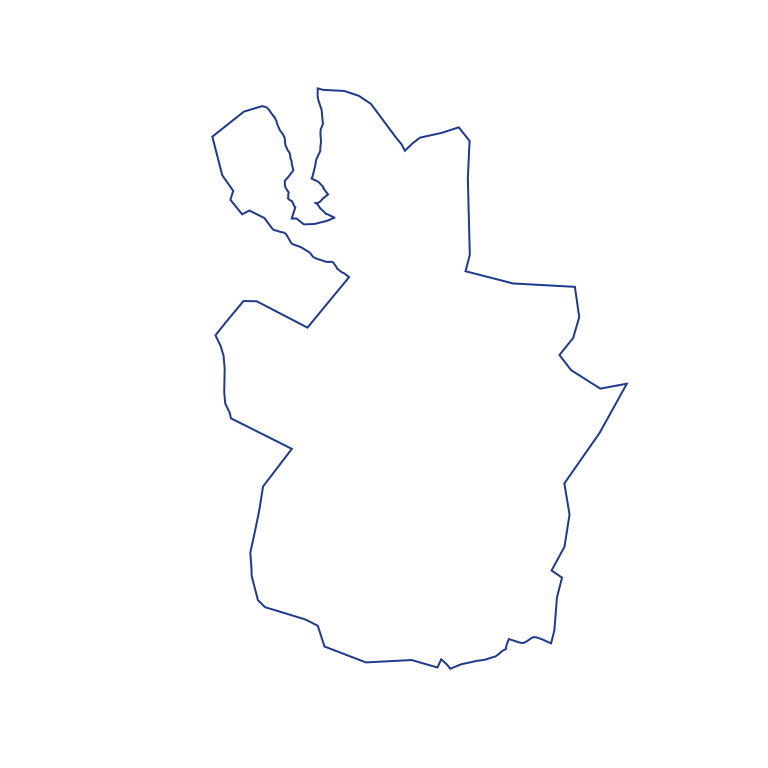 Ido-Osi, Ekiti, Nigeria, rotated 21°
{"feature_id": "59680162B17555212909244", "entity_name": "Ido-Osi", "entity_type": "district", "adm_level": 2, "iso_a3": "NGA", "parent_name": "Nigeria", "parent_adm1": "Ekiti", "projection": "robinson", "projection_center": [5.146, 7.853], "detail": "fine", "context": "isolated", "style": "outline", "palette": "blue", "viewbox_px": 768, "rotation_deg": 21, "n_neighbors": 0, "source": "geoboundaries", "source_scale": "gbopen_adm2", "svg_char_len": 3129}
<svg xmlns="http://www.w3.org/2000/svg" viewBox="0 0 768 768"><g transform="rotate(21 384 384)"><path d="M610.6,296.7L587.6,310.8L553.7,304.0L537.4,294.0L544.1,273.2L542.3,251.6L527.4,224.9L468.4,243.9L419.7,249.5L417.8,232.6L388.5,161.8L376.8,126.4L361.8,117.6L347.7,129.0L329.3,141.1L325.0,148.2L324.3,149.3L319.9,158.8L314.5,153.9L307.9,150.3L271.5,127.2L257.3,124.0L241.8,124.7L221.8,131.2L216.2,131.8L218.8,138.9L220.9,142.4L223.1,145.1L227.5,150.4L231.2,157.9L233.8,163.1L233.7,169.2L234.9,173.0L238.4,180.4L239.8,186.1L241.0,189.2L240.3,198.7L241.6,205.4L242.9,215.9L242.8,218.2L249.2,218.6L250.6,218.9L256.3,221.6L257.2,222.3L257.2,223.0L263.9,227.1L260.6,232.5L259.0,236.6L257.5,238.6L255.5,239.6L257.9,240.2L261.1,242.6L263.8,243.7L267.6,245.4L269.0,246.0L270.5,245.8L274.0,246.1L275.2,246.3L276.9,246.1L278.0,246.6L272.7,251.8L261.8,259.5L252.0,263.7L243.1,260.9L238.6,262.5L238.2,257.2L237.9,250.8L236.8,250.4L234.2,247.8L233.0,246.7L232.0,246.1L230.3,246.2L228.8,245.5L227.6,245.0L227.6,243.3L226.7,241.4L226.4,239.3L222.4,236.5L220.4,234.5L218.6,229.8L220.9,223.7L222.2,218.9L222.9,217.1L218.9,211.4L217.9,209.1L216.2,207.4L214.6,204.5L213.0,202.0L209.8,199.9L207.5,197.4L206.6,196.7L205.3,194.3L203.6,190.9L202.7,189.3L201.7,188.7L200.5,187.3L196.6,184.9L195.1,183.7L190.9,179.3L189.1,176.7L187.2,175.2L186.1,173.9L185.4,173.9L184.4,173.2L183.9,173.1L183.4,172.4L182.2,172.0L181.0,171.1L179.3,169.7L175.6,167.9L173.7,167.8L172.4,168.1L170.6,168.3L155.6,179.9L135.1,214.6L158.2,247.1L173.6,257.4L174.0,257.6L174.6,267.1L190.8,276.4L196.1,270.3L202.3,270.9L212.8,271.9L224.7,279.4L226.9,279.6L229.8,279.2L232.4,279.2L236.4,278.5L239.0,279.2L246.2,285.1L246.8,285.7L249.5,286.2L252.8,286.1L256.6,286.0L258.1,286.1L260.5,286.6L263.6,287.2L266.1,287.6L268.3,288.3L271.0,290.0L272.2,290.7L274.4,291.0L277.5,291.2L279.8,290.9L283.7,290.8L285.4,290.7L286.3,290.6L288.3,290.0L290.2,289.1L291.3,288.6L293.4,288.9L295.3,290.3L296.1,290.8L297.2,291.4L298.4,292.8L298.9,293.1L300.2,293.3L301.2,293.8L304.1,294.6L305.4,295.0L306.3,294.9L307.3,295.0L307.8,295.1L308.5,295.3L309.8,295.7L311.6,296.3L313.1,296.8L292.7,357.7L292.3,358.8L235.5,352.4L223.1,356.9L213.8,384.3L213.7,384.8L209.2,398.9L217.9,407.1L224.0,415.0L229.7,426.6L237.8,449.0L242.9,459.3L250.4,466.2L253.4,470.9L321.2,477.6L307.8,523.1L312.7,545.9L316.6,569.4L319.6,589.3L326.2,603.3L329.2,610.6L343.8,631.0L353.0,635.0L395.1,632.0L408.9,633.5L422.5,650.4L466.9,650.4L508.7,631.8L535.5,629.5L536.1,620.5L543.2,623.3L547.9,626.1L555.2,619.2L556.6,617.9L565.6,612.1L567.3,610.9L567.9,610.5L570.5,608.9L575.7,606.0L576.7,605.4L578.5,604.1L579.3,603.5L579.7,603.1L582.0,601.2L583.9,599.8L585.7,598.4L587.8,595.2L589.9,591.0L590.5,590.3L592.8,587.8L592.2,585.5L592.1,584.2L591.9,583.0L591.9,581.1L592.0,577.4L603.3,576.7L604.7,576.6L605.1,576.5L607.2,575.7L608.4,574.3L609.7,572.8L611.1,570.7L613.4,567.4L615.6,566.3L616.9,565.9L619.7,565.8L623.7,565.7L627.7,566.0L630.8,566.2L632.9,566.2L631.4,553.2L622.0,521.4L619.6,501.0L607.3,498.1L610.8,471.2L604.0,439.4L588.0,412.2L597.0,375.8L602.8,352.5L610.6,296.7Z" fill="none" stroke="#1e3a8a" stroke-width="2"/></g></svg>